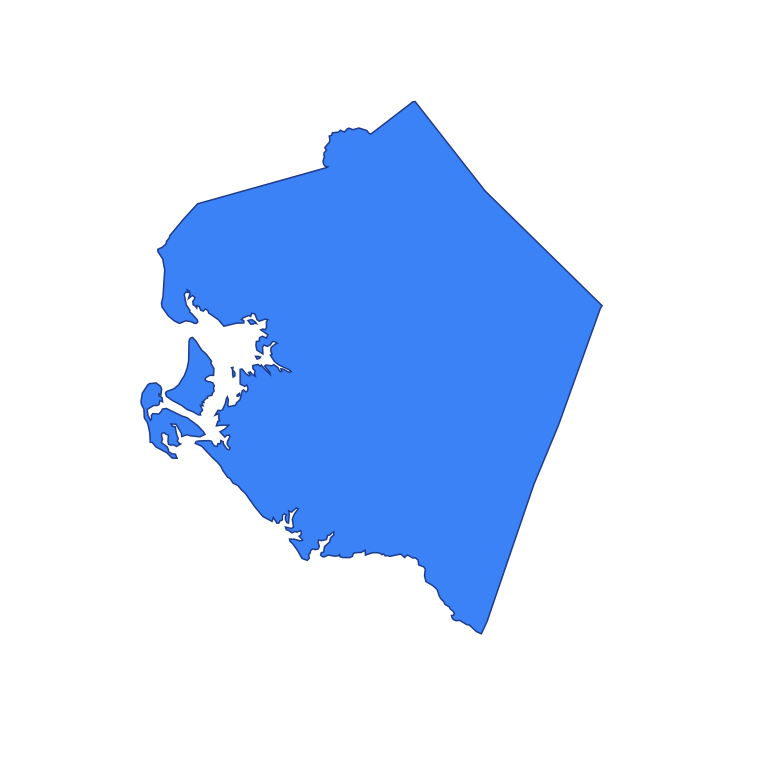 the district of Lamu West, Coast, Kenya, rotated 142°
{"feature_id": "3690345B28138832354018", "entity_name": "Lamu West", "entity_type": "district", "adm_level": 2, "iso_a3": "KEN", "parent_name": "Kenya", "parent_adm1": "Coast", "projection": "equal_earth", "projection_center": [40.664, -2.131], "detail": "fine", "context": "isolated", "style": "filled", "palette": "blue", "viewbox_px": 768, "rotation_deg": 142, "n_neighbors": 0, "source": "geoboundaries", "source_scale": "gbopen_adm2", "svg_char_len": 6178}
<svg xmlns="http://www.w3.org/2000/svg" viewBox="0 0 768 768"><g transform="rotate(142 384 384)"><path d="M461.4,632.8L463.5,631.2L467.5,630.4L469.6,628.5L474.8,628.3L479.2,629.4L480.7,627.5L481.4,618.8L486.5,609.0L504.3,589.0L509.6,584.7L511.5,581.4L512.0,570.6L510.5,563.3L508.7,559.0L507.4,557.5L501.3,555.9L497.3,551.4L496.1,548.6L494.4,547.3L492.5,547.6L491.6,549.5L492.2,557.9L492.9,560.1L491.6,561.5L491.1,568.1L486.3,577.5L483.9,578.5L482.0,576.8L481.1,579.3L480.2,576.8L481.0,574.9L485.4,571.7L480.5,571.8L479.7,568.7L481.4,567.4L483.6,567.0L485.6,564.1L484.7,561.2L484.8,559.2L483.1,560.9L481.9,558.6L483.0,555.1L481.6,552.7L478.4,553.0L477.6,550.4L478.4,547.8L474.9,536.6L474.6,528.1L462.9,522.8L456.8,518.4L455.5,520.3L456.7,522.6L454.6,522.9L450.5,521.9L448.4,521.1L447.5,519.3L444.7,521.2L442.6,518.8L444.4,512.8L443.7,510.3L437.8,508.3L435.9,506.1L438.5,505.3L441.9,500.8L444.0,500.0L445.6,501.9L447.8,502.6L445.2,494.3L448.4,492.6L450.4,496.5L453.5,497.1L456.2,494.6L458.3,496.2L461.3,493.1L463.3,489.0L460.9,482.2L456.8,488.1L454.4,488.5L452.9,485.5L449.5,484.8L445.6,486.1L444.0,484.6L443.2,481.8L445.1,482.4L450.5,482.3L452.8,479.9L454.1,476.2L455.8,476.7L456.4,470.0L455.9,466.5L454.8,463.1L450.1,453.9L449.5,450.9L451.7,451.8L454.5,458.1L455.9,459.4L456.8,456.8L458.0,457.5L458.2,459.8L457.5,462.0L458.9,467.1L461.3,467.5L465.2,471.6L467.1,471.6L466.8,463.6L467.8,461.5L468.8,468.2L469.0,474.5L470.5,474.2L471.1,476.9L476.1,479.4L477.8,476.8L477.6,473.6L479.4,472.2L480.6,469.4L481.7,472.2L482.0,476.0L483.8,476.4L483.8,473.4L485.3,473.5L486.5,477.0L486.6,483.2L488.4,484.1L497.4,472.5L495.2,467.8L492.7,467.8L493.7,464.5L495.6,462.7L497.7,462.7L498.4,465.9L499.9,465.9L507.1,460.3L511.7,460.0L514.0,458.7L520.5,461.8L519.9,463.9L516.4,467.3L515.3,470.3L517.3,469.5L521.2,466.2L527.2,463.1L529.2,463.6L530.9,465.5L536.3,463.4L532.3,462.3L535.5,458.5L536.0,456.2L537.9,456.9L541.9,454.2L537.8,451.9L531.7,447.1L537.4,446.5L542.7,447.3L542.1,440.1L539.7,440.4L537.2,438.9L538.5,437.0L542.6,435.2L544.4,433.4L545.0,430.7L544.5,428.3L546.6,427.6L547.8,429.4L547.5,435.7L546.2,437.4L547.4,439.9L549.4,437.8L551.7,439.2L553.8,437.5L555.7,439.5L555.8,442.8L555.2,445.1L556.9,447.3L565.1,453.2L567.5,454.3L569.3,453.4L565.9,447.3L564.4,430.3L563.4,425.3L563.3,419.4L564.3,414.6L564.6,406.8L563.5,404.4L564.0,398.8L561.6,393.9L561.5,388.4L560.6,383.2L561.4,367.4L561.0,353.9L556.8,344.7L553.4,347.0L554.1,340.3L552.6,339.1L550.6,340.1L547.9,339.5L544.8,343.0L542.7,343.1L541.4,341.0L543.5,340.0L545.0,338.2L545.9,334.6L544.9,333.2L538.9,339.6L537.2,342.8L535.9,340.0L529.4,340.3L528.4,338.5L534.7,336.7L539.5,333.9L543.3,327.1L545.9,327.1L549.8,332.0L550.7,329.3L549.1,326.8L548.3,323.5L545.3,322.8L543.7,320.8L539.8,319.8L540.8,317.7L542.6,316.1L544.6,316.3L544.1,311.1L546.3,311.7L550.2,316.9L553.9,320.0L554.9,317.9L554.3,314.3L554.6,306.2L556.0,297.0L553.1,292.3L550.0,292.8L548.4,296.1L546.7,295.9L544.6,297.8L542.0,298.1L539.9,295.6L537.4,294.5L534.9,295.9L533.3,300.1L531.4,301.3L529.9,299.1L525.1,296.9L521.3,299.5L519.6,298.3L517.1,298.8L514.6,298.4L516.6,295.9L519.7,295.9L522.2,294.8L523.8,293.0L531.0,292.5L535.0,288.7L537.2,289.7L539.2,288.4L539.0,286.2L537.6,284.5L533.4,283.6L528.4,278.3L526.0,276.8L524.1,276.9L525.0,275.0L523.5,272.8L517.9,268.3L514.7,267.7L512.8,269.3L510.9,269.0L505.5,265.2L501.2,264.7L504.0,260.6L497.8,258.5L494.5,256.4L491.4,253.3L490.6,250.7L488.9,250.3L488.8,247.7L486.8,246.6L485.4,244.5L475.5,239.7L474.6,234.6L471.5,235.0L470.2,233.6L468.4,229.1L466.2,227.6L465.6,224.3L468.0,220.0L465.3,215.5L465.5,212.6L470.2,207.9L472.6,202.5L469.8,195.6L468.7,189.3L471.1,182.5L471.4,179.4L470.9,175.9L471.6,172.7L469.8,168.2L470.3,165.8L469.5,162.7L469.7,160.0L471.5,159.0L473.4,160.0L474.3,157.8L474.3,155.6L473.1,153.3L469.8,151.0L467.1,143.8L465.2,141.5L463.6,132.0L461.1,127.2L449.0,133.4L327.4,212.8L272.4,243.8L166.9,310.4L163.9,311.4L185.5,474.0L185.6,587.5L187.6,588.6L240.1,589.0L241.5,590.7L241.5,594.4L246.2,601.2L251.9,603.5L254.1,607.2L256.3,607.7L260.1,606.9L262.1,610.8L264.9,610.5L270.0,613.8L272.1,612.2L274.6,613.1L276.1,610.0L277.8,608.3L284.9,606.8L285.3,606.4L285.2,603.8L289.0,603.0L290.6,601.1L290.5,600.2L294.8,597.2L296.1,594.9L296.4,592.1L294.5,589.6L295.3,589.6L420.0,640.8L440.6,637.3L461.4,632.8ZM551.6,479.7L549.3,474.0L547.6,472.5L546.7,474.4L543.1,475.0L541.8,480.2L539.9,478.3L539.2,480.9L538.1,481.8L537.3,479.6L537.0,481.5L533.7,482.2L531.7,481.6L530.4,482.9L526.6,481.1L524.7,482.5L522.3,483.0L520.8,485.8L518.8,487.0L518.3,490.2L519.5,492.6L521.4,494.5L522.6,497.4L520.5,498.7L515.8,498.0L513.0,495.7L508.5,500.9L507.6,507.2L505.9,508.1L505.7,517.3L506.8,523.1L505.8,533.2L506.2,538.6L507.9,539.3L509.8,538.9L511.6,537.4L523.8,522.4L529.6,517.5L535.8,513.7L546.4,509.8L552.6,509.6L560.1,512.0L561.9,511.3L563.0,508.2L561.0,501.5L556.6,491.7L554.9,485.2L551.6,479.7ZM602.6,480.7L602.4,474.7L597.5,463.6L596.5,455.9L592.8,452.9L591.6,457.1L594.1,459.6L595.4,463.4L594.2,465.3L593.6,467.8L595.5,475.0L592.6,476.7L591.3,480.1L589.5,481.8L587.2,481.0L586.7,478.5L585.4,476.4L589.5,471.9L590.9,469.2L589.6,467.0L587.4,465.8L586.0,462.5L581.1,461.9L582.1,464.2L581.9,466.5L579.9,467.5L578.1,472.8L574.8,478.8L576.8,481.0L576.5,483.7L572.6,480.3L574.0,469.8L575.8,467.2L570.3,465.2L568.6,462.5L561.6,455.7L556.0,454.5L555.7,457.7L556.4,465.7L559.9,478.7L562.8,482.9L570.6,498.8L574.2,500.7L575.8,499.7L579.9,498.9L584.4,503.0L586.6,502.5L588.6,499.8L590.4,499.1L589.3,504.5L586.3,509.8L578.5,508.8L576.4,506.9L574.0,506.3L570.9,508.9L569.4,506.3L567.3,510.1L568.7,513.4L567.4,514.8L566.6,512.7L562.4,516.9L561.5,519.9L563.0,525.2L568.6,528.7L570.9,528.7L580.2,525.5L586.2,519.9L587.6,517.6L588.7,512.0L593.7,504.9L594.2,499.4L595.0,497.2L598.7,489.6L604.1,482.0L602.6,480.7ZM452.1,517.8L452.2,513.1L450.3,511.8L448.6,511.6L447.3,510.1L447.2,512.2L448.5,516.1L452.1,517.8ZM494.6,488.4L497.6,484.5L498.6,482.3L496.4,482.2L494.5,484.8L494.6,488.4ZM468.7,481.8L466.4,480.8L464.7,481.3L465.9,483.1L468.2,484.9L468.7,481.8ZM506.3,465.8L507.3,464.9L506.0,463.9L504.6,464.1L503.6,465.6L506.3,465.8ZM494.6,488.4L492.8,490.0L494.1,490.8L494.6,488.4Z" fill="#3b82f6" stroke="#1e3a8a" stroke-width="1.5"/></g></svg>